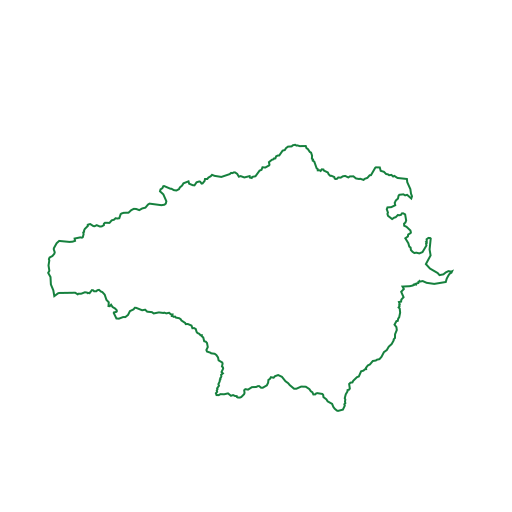 Jaen, Cajamarca, Peru, rotated 216°
{"feature_id": "86281439B77742651017236", "entity_name": "Jaen", "entity_type": "district", "adm_level": 2, "iso_a3": "PER", "parent_name": "Peru", "parent_adm1": "Cajamarca", "projection": "mercator", "projection_center": [-79.01, -5.73], "detail": "fine", "context": "isolated", "style": "outline", "palette": "green", "viewbox_px": 512, "rotation_deg": 216, "n_neighbors": 0, "source": "geoboundaries", "source_scale": "gbopen_adm2", "svg_char_len": 6131}
<svg xmlns="http://www.w3.org/2000/svg" viewBox="0 0 512 512"><g transform="rotate(216 256 256)"><path d="M395.6,105.0L394.2,109.5L393.5,110.4L380.7,120.0L377.7,120.2L377.5,121.1L375.2,122.8L373.1,126.1L371.2,127.1L370.3,127.0L369.3,128.2L368.8,128.2L368.7,131.9L367.7,132.5L366.2,132.3L364.5,133.6L364.2,135.1L363.1,136.3L360.5,136.1L359.1,136.5L355.7,135.8L351.2,132.6L347.9,132.0L345.9,128.8L344.8,129.4L344.6,131.4L342.0,130.4L339.3,130.7L337.0,130.3L336.2,129.7L336.1,128.8L337.8,126.8L337.6,126.3L332.2,123.4L330.1,124.7L327.6,128.5L325.8,129.8L324.9,133.1L325.6,137.3L323.7,140.8L323.6,142.9L322.5,143.6L316.2,145.2L314.1,147.4L311.3,147.0L307.2,149.4L305.0,149.4L301.4,153.3L297.4,155.5L297.0,156.2L294.8,156.9L292.9,159.0L290.6,158.7L289.2,159.6L288.7,158.0L287.8,158.5L286.9,158.4L285.9,159.4L284.6,159.1L281.6,160.5L279.8,160.6L278.5,160.0L273.9,160.2L272.8,159.6L271.2,160.9L267.3,161.8L265.0,160.2L263.7,161.3L261.8,161.5L259.5,159.7L258.1,159.3L256.2,159.7L254.4,159.3L253.3,160.1L252.7,159.2L250.8,159.1L247.8,156.6L246.2,157.2L244.5,156.8L241.5,154.0L240.9,150.8L239.5,149.9L236.0,151.0L235.1,150.9L232.0,152.6L229.9,152.6L227.1,151.6L224.9,149.6L220.7,150.0L219.7,149.2L218.6,146.6L217.3,146.5L216.4,145.6L215.7,141.9L213.8,141.6L214.4,139.4L213.3,138.3L212.9,136.9L213.1,136.0L212.2,135.1L212.4,134.4L211.6,133.1L211.1,130.2L209.7,129.3L209.7,126.1L208.9,125.7L208.7,124.1L207.6,123.3L207.8,121.4L206.2,120.3L204.4,121.5L203.6,123.3L200.5,125.4L197.9,128.4L194.1,128.2L192.8,130.0L190.7,130.4L189.2,131.3L188.5,130.7L187.6,130.8L185.8,132.0L185.0,133.3L184.4,137.2L184.8,138.5L186.6,140.4L186.6,141.3L186.2,142.1L183.9,143.2L182.2,147.5L178.9,150.1L177.9,151.9L176.9,152.6L174.5,152.4L173.1,153.4L171.2,157.7L171.7,160.6L173.1,163.0L172.5,164.8L172.7,166.7L170.2,167.9L170.0,169.9L168.1,172.7L164.0,173.5L158.6,172.0L155.1,172.0L152.9,171.4L147.2,171.0L145.3,172.4L142.7,176.9L138.9,179.5L134.6,179.7L132.2,178.8L130.3,178.9L128.2,177.7L126.7,178.9L126.6,180.1L125.8,181.1L121.2,183.4L120.0,183.1L118.5,181.5L114.8,181.4L112.6,180.5L107.5,181.1L104.8,179.4L102.6,178.7L99.6,178.5L98.6,178.9L95.4,182.8L96.2,187.1L97.4,188.0L97.2,189.4L98.4,190.5L99.4,192.4L100.6,193.1L102.1,196.9L102.4,200.2L103.1,201.3L102.1,202.7L102.2,203.9L105.4,207.2L105.1,209.1L103.7,210.4L104.0,212.2L103.1,217.3L102.0,219.0L103.2,224.5L101.7,226.4L101.3,228.4L100.4,229.2L101.3,230.2L101.2,233.2L100.1,235.2L99.8,239.7L97.6,241.9L97.2,243.2L95.5,245.1L95.2,248.2L96.0,253.4L94.9,256.8L95.3,260.7L94.5,264.5L95.0,268.6L95.6,269.5L95.4,271.4L97.5,274.4L98.6,278.9L100.6,281.0L103.6,281.9L104.1,285.9L103.2,286.8L104.2,289.1L104.1,290.5L106.1,294.9L108.9,298.0L110.4,298.2L110.4,299.9L111.4,300.5L111.3,301.4L113.3,302.8L111.8,304.4L112.8,306.2L112.4,309.4L117.5,312.4L117.0,316.2L119.5,317.4L113.8,322.0L111.7,324.4L111.7,325.5L110.9,325.8L110.8,326.8L109.8,326.9L110.1,328.0L108.8,329.5L109.4,330.6L108.9,331.1L109.0,331.8L108.3,331.7L106.4,333.7L102.2,334.6L95.4,338.2L87.2,346.5L88.4,349.8L88.9,353.5L88.9,355.6L88.1,357.4L88.4,358.9L88.9,358.1L91.4,356.9L92.8,354.3L93.6,351.3L96.3,348.4L99.0,349.0L107.9,348.1L113.8,349.3L115.1,359.1L119.4,363.3L124.9,372.8L125.6,372.9L127.1,372.0L127.8,369.8L126.5,368.3L126.7,367.4L125.5,367.0L125.7,366.0L124.3,364.7L123.6,357.0L125.4,354.1L128.3,352.9L129.6,351.5L131.8,351.4L134.2,351.9L135.9,353.7L137.5,353.7L140.3,355.9L145.6,358.1L144.6,361.1L145.5,362.8L144.4,365.4L144.6,366.2L146.1,367.4L151.4,368.1L153.9,367.6L155.2,369.2L154.8,370.9L155.4,373.0L159.8,377.3L162.1,377.0L163.0,376.2L162.9,374.5L164.2,373.0L165.3,372.6L165.8,369.4L166.7,368.4L167.6,365.9L172.8,366.1L174.4,367.3L174.8,368.7L177.7,370.7L178.2,372.6L175.3,375.0L173.2,378.9L175.0,380.5L175.5,383.1L174.9,385.9L176.1,388.6L176.0,389.8L173.0,392.5L171.0,392.7L169.7,394.3L164.2,393.8L164.9,396.0L167.2,397.5L170.4,400.8L177.0,404.6L179.2,407.0L187.4,402.3L191.2,402.1L191.8,400.9L194.1,401.2L195.8,399.6L197.3,399.6L198.9,398.8L202.0,399.3L205.2,398.2L207.9,400.4L211.1,398.2L211.4,397.5L210.5,389.0L211.5,388.1L211.8,384.7L213.5,382.2L213.7,380.8L217.2,379.7L217.8,378.9L220.7,377.5L224.0,377.7L226.8,375.6L227.5,373.8L230.9,373.2L232.6,371.5L233.5,369.2L235.6,367.9L235.9,366.0L237.0,365.0L237.8,364.9L239.1,365.9L242.2,365.2L243.0,364.5L245.2,364.8L247.0,365.8L251.4,365.0L252.3,365.6L253.7,364.8L253.7,362.8L254.8,362.8L256.4,361.6L257.2,362.6L258.5,362.6L264.3,366.6L266.2,366.5L266.6,367.6L268.0,367.6L269.6,370.1L272.2,372.0L273.6,371.8L276.9,373.0L278.5,372.9L280.4,374.2L285.2,370.6L287.5,369.8L288.2,369.1L289.7,369.0L291.3,367.2L291.6,365.6L294.4,363.3L295.1,361.0L295.0,358.6L296.4,356.9L296.3,351.0L297.4,350.1L298.3,348.5L297.7,346.3L298.8,345.5L298.7,344.5L299.7,343.2L300.7,339.5L298.8,337.8L298.6,337.1L300.5,333.0L302.9,331.6L302.2,328.9L303.3,327.2L303.3,320.2L305.5,317.8L305.3,316.6L307.0,315.9L308.1,316.9L311.6,312.7L315.4,311.6L316.5,310.1L319.5,311.4L322.1,311.3L323.0,310.7L323.8,309.2L325.0,308.6L325.4,306.8L330.5,299.6L336.6,296.5L339.3,295.8L339.5,293.9L340.6,291.5L340.7,289.6L342.5,288.3L341.7,286.5L341.9,283.3L342.6,282.6L344.8,283.3L345.7,283.0L347.4,280.7L347.3,277.0L348.8,276.1L352.6,275.2L354.5,276.7L357.4,272.2L357.2,269.5L357.9,266.7L357.6,264.8L358.9,262.2L361.2,261.0L364.0,260.7L364.8,260.1L371.4,258.6L372.0,258.0L371.6,255.8L372.4,253.8L371.7,251.9L367.2,251.4L360.7,247.6L359.8,245.4L360.2,243.7L362.4,241.5L372.9,235.8L373.6,234.2L373.9,230.1L376.0,227.6L377.4,224.5L380.6,223.6L382.6,222.3L383.9,219.7L384.6,216.1L388.4,213.2L389.8,211.3L390.1,210.3L388.8,206.2L390.2,204.8L391.8,204.0L392.2,201.9L393.7,200.0L394.0,196.7L397.7,194.1L398.0,192.7L397.2,191.5L398.2,189.3L399.6,188.1L403.0,187.3L404.1,185.2L405.2,184.6L408.9,184.4L410.3,182.7L410.4,182.1L409.7,181.4L410.4,177.3L410.1,175.6L409.3,174.5L409.6,173.5L408.3,172.3L407.2,169.4L407.6,168.5L409.1,167.8L413.0,163.5L411.3,161.9L412.8,159.8L415.1,157.8L424.1,152.5L424.8,149.2L424.1,143.4L423.4,142.4L421.0,140.7L420.5,139.3L420.7,136.3L422.1,133.5L421.7,131.7L420.6,130.9L418.3,126.4L414.5,122.6L414.2,120.2L409.9,118.2L405.2,112.4L399.8,109.1L395.6,105.0Z" fill="none" stroke="#15803d" stroke-width="2"/></g></svg>